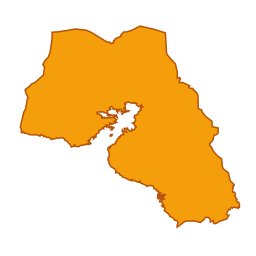 Morowali Utara, Sulawesi Tengah, Indonesia (Natural Earth projection), rotated 87°
{"feature_id": "22746128B96188894812390", "entity_name": "Morowali Utara", "entity_type": "district", "adm_level": 2, "iso_a3": "IDN", "parent_name": "Indonesia", "parent_adm1": "Sulawesi Tengah", "projection": "natural_earth1", "projection_center": [121.396, -1.847], "detail": "fine", "context": "isolated", "style": "filled", "palette": "amber", "viewbox_px": 256, "rotation_deg": 87, "n_neighbors": 0, "source": "geoboundaries", "source_scale": "gbopen_adm2", "svg_char_len": 5986}
<svg xmlns="http://www.w3.org/2000/svg" viewBox="0 0 256 256"><g transform="rotate(87 128 128)"><path d="M220.5,31.9L220.7,32.6L219.0,34.3L214.6,31.8L214.9,30.3L212.9,29.4L213.0,28.0L213.4,27.8L212.6,26.2L213.4,24.1L213.1,22.8L213.9,22.2L213.1,21.9L213.1,20.9L211.5,21.1L210.8,20.5L207.9,21.4L207.6,23.0L206.5,23.7L205.0,22.9L204.1,24.0L202.4,24.0L201.2,25.1L199.8,24.4L198.3,24.6L197.6,25.4L197.5,26.8L194.3,26.8L192.8,25.9L191.4,26.3L190.7,25.0L190.0,25.0L186.3,28.6L177.9,30.2L173.7,35.0L171.6,35.8L163.7,36.1L160.4,40.3L155.6,44.0L151.5,45.6L151.1,46.3L148.4,47.6L144.7,44.0L139.8,42.5L139.2,39.8L137.8,38.3L132.6,38.0L131.1,43.8L125.6,43.8L120.8,49.6L116.4,52.8L113.7,53.7L112.4,56.8L99.7,56.4L96.8,57.3L91.6,61.8L91.8,63.3L91.2,64.7L90.0,65.2L89.1,64.2L85.4,71.0L85.3,74.6L81.2,73.0L80.4,74.1L81.0,76.2L75.1,75.8L66.5,77.3L57.7,84.5L55.6,85.6L35.0,85.7L30.9,96.5L27.1,109.7L27.1,111.6L30.1,117.6L32.0,124.0L31.9,127.1L34.5,130.1L36.0,130.1L38.1,136.0L39.2,136.3L39.9,137.6L40.5,137.1L41.4,137.8L41.9,139.1L42.6,139.1L42.8,140.6L41.2,141.9L41.0,144.6L30.9,159.1L28.2,164.5L26.4,175.2L28.3,192.1L28.4,198.8L34.7,199.1L47.9,201.7L53.3,204.0L56.0,207.1L60.1,209.7L63.1,208.1L70.6,209.7L77.3,217.9L79.1,222.1L81.2,224.2L84.3,228.7L88.4,228.0L92.4,226.1L94.0,227.1L103.1,229.1L106.7,231.2L117.4,234.4L121.9,235.5L122.9,234.7L127.0,234.7L127.1,233.0L126.4,232.8L126.6,232.3L127.9,231.8L128.1,228.7L129.0,227.8L129.7,225.7L130.1,218.8L131.2,217.2L131.4,216.2L130.4,216.0L130.0,214.9L130.5,214.8L131.2,212.7L132.2,212.6L132.2,211.0L133.2,209.4L133.2,207.2L135.5,205.2L134.5,199.8L134.3,193.7L135.5,192.1L137.0,191.6L137.7,189.9L141.6,186.7L144.1,185.5L143.0,182.2L141.0,182.7L142.7,182.0L143.0,182.1L143.3,182.7L144.1,178.1L142.9,176.3L142.6,172.3L142.1,171.4L142.4,166.5L141.9,170.5L141.6,165.9L140.2,167.0L140.3,167.5L139.5,167.3L139.2,168.5L138.6,168.2L139.0,167.6L137.9,167.3L137.9,166.4L136.3,166.0L135.4,164.6L135.3,163.1L135.9,162.6L137.0,163.0L136.6,162.3L135.5,161.8L135.4,161.1L134.6,162.1L134.6,160.3L132.4,160.1L131.0,157.1L128.9,157.2L128.5,155.4L127.0,154.1L127.5,152.4L126.3,152.9L125.3,150.5L124.6,150.5L123.7,149.0L124.7,147.0L123.5,145.6L122.5,145.9L123.0,145.1L122.5,144.8L123.4,144.1L123.0,142.6L122.3,142.3L122.5,140.5L121.8,139.3L121.7,139.8L121.4,139.4L120.4,140.1L120.3,141.1L119.1,138.9L117.3,141.1L116.5,141.1L116.9,143.9L116.4,143.7L116.3,144.3L116.8,146.8L116.5,150.2L116.9,150.7L116.8,151.5L116.4,151.4L117.1,152.8L116.4,153.8L115.5,153.1L115.4,153.9L114.0,153.9L113.5,155.4L112.5,155.9L112.6,157.4L112.1,157.5L111.8,158.8L111.6,158.0L110.8,158.2L110.3,155.6L110.8,153.8L110.2,152.9L111.6,150.5L112.2,147.7L110.2,147.9L109.3,147.0L108.5,144.5L108.0,145.0L108.5,145.6L107.5,144.5L106.7,145.2L105.8,143.8L106.2,142.6L108.4,141.8L108.8,140.4L108.4,139.8L109.1,137.9L109.4,138.5L110.7,138.5L112.0,137.6L110.6,137.4L110.4,136.2L110.1,136.9L109.0,136.3L108.9,134.4L109.6,133.5L110.9,133.8L110.4,133.2L112.0,132.6L112.7,132.5L113.4,133.5L114.0,133.3L112.8,131.8L111.2,131.5L111.0,130.6L112.3,130.2L111.1,127.0L110.6,129.4L109.8,129.2L108.3,131.3L107.8,130.9L108.0,129.5L104.6,129.8L104.1,129.1L103.6,130.0L102.8,130.0L102.6,127.7L101.9,127.0L103.4,123.0L103.0,120.6L103.7,120.6L103.6,118.6L104.1,117.8L105.3,118.5L107.2,116.0L107.0,114.3L106.4,114.5L105.6,113.4L107.0,113.3L107.5,112.2L107.9,113.9L109.6,114.8L109.8,113.9L110.6,113.8L111.6,114.9L112.0,116.5L114.8,117.5L115.9,120.0L115.7,120.6L118.1,121.3L119.1,120.1L120.3,120.0L122.4,121.0L123.3,123.3L124.0,122.3L123.9,121.5L125.3,121.5L127.2,120.0L127.8,119.9L127.7,120.7L128.4,121.1L129.4,121.1L130.5,123.1L129.3,124.1L130.6,124.3L131.5,126.0L131.3,126.7L130.4,126.7L129.3,128.4L128.5,128.5L129.3,129.0L128.5,129.5L128.0,130.9L128.3,131.9L130.2,131.5L131.8,130.0L130.9,133.2L129.8,133.7L131.0,134.0L134.0,132.5L134.5,133.4L134.8,133.0L134.4,134.9L135.8,136.2L136.6,136.1L136.5,137.6L137.7,137.8L138.5,139.3L141.0,140.3L141.6,141.4L142.6,141.1L143.3,141.6L143.3,143.0L145.2,146.5L146.3,146.5L146.7,147.1L145.9,146.9L145.7,147.8L147.2,149.1L148.9,149.4L150.0,148.6L153.4,148.1L155.8,148.5L157.5,149.7L158.4,149.2L159.6,149.5L160.4,148.8L162.2,148.9L165.8,147.0L168.1,143.4L169.8,142.3L172.0,142.6L171.7,142.0L172.8,139.2L174.6,138.5L174.9,137.1L176.9,135.8L177.0,134.6L180.3,128.8L180.9,126.2L180.7,125.9L180.1,126.3L182.8,120.4L182.7,119.3L182.3,119.3L182.2,120.4L181.8,118.8L182.8,118.9L183.6,117.5L183.3,118.9L185.7,113.6L187.3,112.0L186.9,111.6L186.5,108.4L187.4,105.9L190.1,105.1L190.6,103.2L192.2,102.7L192.7,101.2L193.3,101.3L194.6,98.7L195.8,101.8L199.6,102.1L200.5,101.2L199.4,99.3L199.0,100.2L196.8,101.2L196.8,100.4L196.2,100.5L196.8,100.0L196.6,98.3L197.7,98.9L197.8,98.3L197.4,96.4L196.5,97.1L196.1,96.0L196.5,94.5L197.4,95.8L198.4,95.8L198.3,96.6L198.8,96.5L199.0,97.7L199.3,97.1L199.8,97.9L200.4,97.7L200.2,95.9L200.8,95.4L201.0,97.7L201.9,97.8L200.8,98.6L201.9,99.9L203.3,100.3L203.5,98.0L205.1,97.8L206.8,96.3L207.1,97.5L207.7,97.5L207.5,98.2L208.5,97.7L208.0,97.1L209.9,95.1L212.4,96.1L216.1,91.8L218.3,91.0L220.1,87.7L222.4,86.4L222.9,84.2L224.0,83.3L225.3,83.0L227.7,84.0L229.6,84.1L224.3,76.1L224.0,74.7L224.4,66.1L226.1,60.6L223.5,57.0L221.5,55.6L221.2,53.0L223.0,50.9L226.2,50.6L225.1,47.8L227.9,47.3L228.0,45.1L226.0,41.4L223.9,34.1L220.5,31.9ZM127.6,143.3L126.7,141.5L126.7,143.0L125.6,144.4L126.2,145.3L125.7,146.4L126.3,147.4L127.0,146.7L126.8,145.0L127.6,143.3ZM115.4,140.4L116.8,138.1L114.4,139.0L115.0,139.6L114.2,141.2L114.4,142.3L115.2,141.9L115.4,140.4ZM133.7,144.1L133.7,145.7L134.5,146.3L135.3,146.0L134.9,144.6L133.7,144.1ZM114.1,144.6L114.4,143.5L114.0,143.9L113.8,145.4L114.5,145.3L114.1,144.6ZM128.7,143.7L128.3,144.4L128.9,145.2L129.2,144.5L128.7,143.7ZM113.7,146.8L113.7,145.8L113.1,146.6L113.7,146.8ZM126.1,149.2L125.6,148.9L125.2,149.6L126.1,149.2ZM114.6,147.4L115.0,146.7L114.8,146.2L114.5,146.8L114.6,147.4ZM114.4,147.1L114.1,146.2L113.7,147.4L114.4,147.1ZM110.8,126.6L111.1,126.6L110.8,126.3L110.8,126.6Z" fill="#f59e0b" stroke="#b45309" stroke-width="1.5"/></g></svg>